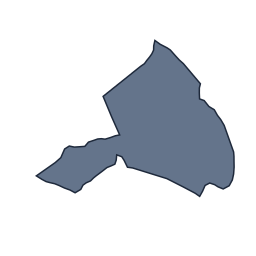 São José dos Ramos, Paraíba, Brazil (Natural Earth projection), rotated 349°
{"feature_id": "56859067B22442503406316", "entity_name": "São José dos Ramos", "entity_type": "district", "adm_level": 2, "iso_a3": "BRA", "parent_name": "Brazil", "parent_adm1": "Paraíba", "projection": "natural_earth1", "projection_center": [-35.36, -7.235], "detail": "fine", "context": "isolated", "style": "filled", "palette": "slate", "viewbox_px": 256, "rotation_deg": 349, "n_neighbors": 0, "source": "geoboundaries", "source_scale": "gbopen_adm2", "svg_char_len": 1156}
<svg xmlns="http://www.w3.org/2000/svg" viewBox="0 0 256 256"><g transform="rotate(349 128 128)"><path d="M152.1,69.9L109.6,92.2L114.0,113.6L118.5,133.2L114.2,133.2L109.1,134.0L103.4,134.6L99.8,133.4L96.1,133.0L92.1,133.6L86.5,134.3L82.1,137.8L75.5,137.0L71.7,136.5L66.9,134.5L61.8,136.5L59.1,140.4L56.4,144.3L49.9,148.1L28.9,157.5L33.7,162.0L37.4,165.0L41.1,166.8L45.4,168.7L49.4,171.3L54.2,174.8L59.2,177.8L63.7,181.5L69.9,179.3L72.9,175.5L76.6,173.8L81.1,172.8L84.7,170.4L87.9,168.7L92.9,166.3L96.3,164.6L99.8,162.8L104.0,162.0L108.2,161.0L110.3,157.3L111.8,152.2L116.4,155.0L118.0,159.0L120.0,166.4L124.9,168.1L156.5,185.1L171.0,196.4L181.3,204.7L185.3,208.8L189.2,204.2L192.7,199.1L197.7,197.6L202.3,200.2L205.1,202.9L209.8,206.0L216.3,204.0L220.5,198.9L222.9,193.3L224.7,186.6L225.7,180.9L226.6,176.1L227.1,171.7L222.9,143.8L220.7,137.6L218.2,132.6L216.2,126.6L211.5,122.3L208.0,115.6L203.8,113.1L204.7,107.1L205.7,102.3L207.5,98.4L194.7,75.5L191.3,71.0L188.6,66.6L184.4,59.5L181.7,56.8L175.5,51.9L171.1,47.2L168.9,52.3L168.0,56.4L165.6,59.7L162.9,62.3L159.4,65.2L156.4,68.0L152.1,69.9Z" fill="#64748b" stroke="#1e293b" stroke-width="1.5"/></g></svg>